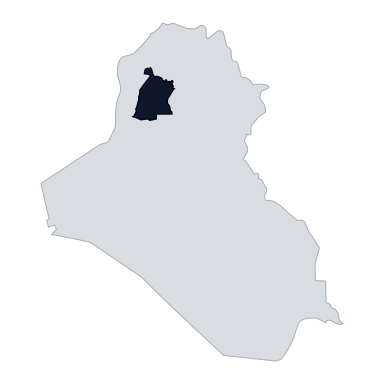 Al-Hatra, Ninawa, Iraq shown in context
{"feature_id": "34846034B76064773860715", "entity_name": "Al-Hatra", "entity_type": "district", "adm_level": 2, "iso_a3": "IRQ", "parent_name": "Iraq", "parent_adm1": "Ninawa", "projection": "equal_earth", "projection_center": [42.575, 35.589], "detail": "fine", "context": "in_parent", "style": "filled", "palette": "ink", "viewbox_px": 384, "rotation_deg": 0, "n_neighbors": 0, "source": "geoboundaries", "source_scale": "gbopen_adm2", "svg_char_len": 5870}
<svg xmlns="http://www.w3.org/2000/svg" viewBox="0 0 384 384"><path d="M150.8,33.5L153.7,32.7L159.1,27.9L162.3,23.4L163.3,23.0L166.1,24.5L168.1,24.9L172.8,23.2L175.6,24.1L177.9,25.2L179.2,25.3L185.5,28.1L187.0,28.4L190.3,28.8L195.1,28.9L198.2,27.1L200.4,25.3L201.9,25.4L203.4,25.8L204.7,26.6L205.7,27.9L206.2,29.7L206.1,35.7L206.6,37.3L207.4,38.4L208.5,38.6L209.8,37.3L212.1,35.4L214.9,33.4L217.0,31.5L218.2,30.8L220.1,30.9L221.9,31.2L223.0,32.1L223.0,32.4L224.0,35.2L226.6,45.7L228.0,47.1L229.6,48.2L230.8,49.7L231.2,51.3L231.1,53.7L231.2,56.6L231.9,58.8L232.8,60.4L233.7,61.2L235.0,61.3L236.5,61.7L237.6,63.4L241.0,75.4L241.4,77.0L242.8,77.5L245.1,77.2L247.4,78.5L250.0,80.4L252.4,84.1L254.0,84.7L259.0,84.1L265.8,84.7L269.0,86.6L268.7,87.8L266.3,89.1L262.0,90.6L260.7,93.2L260.0,96.6L260.2,98.5L261.3,100.6L264.4,104.7L264.6,106.2L265.2,108.3L265.8,109.7L265.2,112.5L262.4,114.4L258.8,116.5L251.5,125.8L251.0,127.8L251.1,133.3L250.4,134.8L248.1,134.8L246.3,134.5L246.2,136.4L245.1,139.0L244.4,141.2L247.2,146.5L247.7,149.3L247.3,151.8L244.8,156.2L243.4,159.2L243.8,159.9L245.7,161.0L252.0,170.7L254.0,174.1L256.6,173.2L257.5,173.3L258.3,173.8L258.8,175.0L258.8,176.4L258.2,178.6L261.5,179.5L262.7,181.7L266.6,189.3L266.5,191.5L264.7,195.1L264.8,197.5L265.2,199.6L265.8,200.4L271.5,200.7L273.9,201.5L279.9,205.4L286.7,211.4L292.3,216.3L297.1,220.4L302.1,220.1L303.5,220.9L304.8,222.2L306.3,225.6L309.3,233.3L311.8,235.9L315.7,242.1L319.4,248.0L317.2,255.9L315.0,264.1L315.2,274.8L315.3,280.6L320.2,280.8L325.6,281.1L325.8,287.9L325.9,294.8L326.1,302.7L327.7,303.1L330.3,304.7L331.4,307.3L332.8,308.7L334.5,308.9L336.1,310.2L337.8,312.5L338.4,314.2L338.0,315.4L338.4,317.5L339.5,320.5L340.9,321.9L343.1,323.6L340.2,324.6L337.1,323.8L330.4,320.3L328.3,320.2L325.5,321.5L325.4,322.7L318.3,318.8L315.8,318.1L314.9,318.0L310.9,318.0L305.2,318.7L301.8,320.3L299.5,322.0L298.5,323.6L298.1,324.5L296.4,329.4L294.4,335.6L292.3,341.2L288.1,349.1L285.8,352.8L280.9,359.6L275.4,361.0L262.7,359.6L248.6,358.1L234.6,356.6L224.1,355.5L223.3,355.2L213.0,345.5L204.8,337.8L194.6,328.3L184.2,318.5L173.7,308.7L166.1,301.5L156.8,292.3L148.4,283.9L141.8,277.3L133.3,271.6L126.7,267.1L117.0,260.5L109.3,255.3L102.8,250.8L92.6,243.9L89.3,242.0L78.8,239.7L68.8,237.8L58.5,235.8L51.7,234.4L56.3,229.5L54.9,225.1L51.6,226.0L48.5,227.0L46.8,220.2L49.2,219.3L47.1,210.4L45.0,201.3L43.0,192.5L40.9,183.5L49.7,177.7L56.2,173.4L65.3,167.4L74.1,161.6L82.5,156.1L91.6,150.0L99.9,144.6L107.3,142.4L108.9,140.7L112.4,133.3L115.3,127.0L115.5,125.5L115.5,116.5L116.1,106.1L117.1,100.5L118.8,95.5L120.4,91.9L120.5,88.6L120.3,85.2L118.8,80.0L117.2,74.6L117.4,69.5L117.7,66.7L118.8,62.3L120.5,59.0L122.4,57.0L129.5,55.0L133.6,53.8L139.2,48.1L142.5,44.7L147.1,39.3L150.5,35.4L150.8,34.0L150.8,33.5Z" fill="#d9dde1" stroke="#a8b0b8" stroke-width="1"/><path d="M132.9,116.6L133.0,116.7L135.0,117.3L136.0,117.6L136.7,117.8L137.4,118.0L139.4,119.0L140.8,119.7L141.2,119.7L141.3,119.7L144.6,119.2L146.5,119.0L146.9,118.9L147.3,118.8L149.8,120.2L150.0,120.2L150.3,120.2L152.0,119.8L155.0,119.2L155.9,119.0L156.2,118.9L156.2,118.2L156.3,116.9L156.3,115.5L156.3,114.0L158.3,114.0L158.8,114.0L159.1,114.0L159.6,114.0L161.1,114.0L161.6,114.0L162.8,114.0L163.3,114.0L163.9,114.0L167.4,114.0L167.9,114.0L171.9,113.9L171.8,113.4L171.7,112.8L171.6,111.9L170.9,111.6L170.5,110.7L170.1,109.9L169.8,109.3L169.8,108.9L169.9,108.4L170.0,107.8L169.8,107.6L169.5,107.2L169.4,106.0L169.3,105.7L169.2,105.5L168.2,104.8L167.9,104.3L167.7,104.1L167.6,103.7L167.6,103.1L167.5,102.7L167.4,102.4L167.1,101.8L167.2,101.4L167.3,101.1L167.6,100.6L167.3,99.1L168.1,98.0L169.0,96.6L170.3,94.5L171.0,93.3L171.8,92.2L172.0,91.8L172.6,90.4L172.7,90.2L173.0,89.9L173.4,89.5L173.8,89.1L174.1,88.8L173.7,88.7L173.3,88.6L173.1,88.6L173.0,87.7L173.0,87.1L173.0,86.8L173.0,86.6L173.1,86.3L173.0,86.2L172.9,86.1L172.8,85.9L172.8,85.6L172.8,85.4L172.7,85.3L172.4,85.1L172.4,84.7L172.3,84.3L172.1,84.0L171.7,83.6L171.7,83.3L171.7,83.0L171.9,82.8L172.2,82.5L172.9,81.7L172.5,81.1L172.2,80.9L171.9,80.7L171.7,80.9L171.4,81.3L171.1,81.8L170.8,82.1L170.4,81.9L170.0,81.7L169.8,81.6L169.6,81.5L169.4,81.6L168.5,81.8L168.4,81.8L168.2,81.8L167.9,81.8L167.6,81.6L167.4,81.5L167.0,81.4L166.9,81.2L166.6,80.7L166.4,80.2L166.0,79.9L165.9,80.2L165.7,80.7L165.6,81.1L165.4,81.8L165.1,82.3L164.8,81.9L164.2,81.2L163.9,80.7L163.5,80.7L162.9,80.6L162.0,80.3L162.2,79.5L162.1,78.7L161.6,78.3L161.0,77.9L160.5,77.8L159.6,77.4L159.1,77.1L158.8,76.8L158.5,76.8L158.3,76.7L158.0,76.6L157.6,76.6L157.3,76.6L157.2,76.5L156.9,76.5L156.8,76.4L156.4,76.4L156.1,76.5L155.7,76.8L155.2,77.2L155.2,77.3L154.7,77.7L154.7,77.4L154.5,76.8L154.4,76.5L154.2,76.3L154.1,76.1L153.9,75.9L153.7,75.7L153.3,75.4L152.6,73.3L152.5,73.0L152.2,72.2L152.1,71.9L152.0,71.4L151.9,70.8L151.7,69.9L151.5,69.5L151.0,68.6L150.7,68.1L150.6,67.9L150.5,68.0L150.4,68.2L150.3,68.4L150.0,68.4L149.8,68.4L149.6,68.4L149.4,68.5L149.3,68.9L149.2,69.1L148.7,69.0L148.6,68.8L148.4,68.6L148.2,68.6L147.8,68.4L147.6,68.3L147.3,68.4L147.1,68.5L146.8,68.7L146.6,68.8L146.3,69.0L146.1,69.1L145.8,69.2L145.4,69.4L145.3,69.6L145.3,69.9L145.4,70.1L145.3,70.4L145.1,70.4L144.8,70.6L144.7,70.8L144.8,71.0L145.1,71.2L145.1,71.5L145.0,71.8L144.8,72.3L144.6,72.8L144.6,73.4L144.5,73.7L144.9,73.8L145.3,73.8L145.8,73.8L146.5,73.8L147.0,74.0L147.4,74.1L147.9,74.2L148.1,74.2L148.8,74.6L149.4,74.8L150.0,75.0L150.7,75.9L150.4,76.2L148.7,78.5L147.1,80.5L146.0,81.9L145.0,83.2L143.8,84.7L142.8,86.1L141.7,87.6L140.5,89.3L139.9,90.4L139.9,91.9L139.8,93.5L139.7,93.7L139.7,94.3L139.4,95.2L139.2,95.7L138.9,96.3L138.7,96.7L138.9,100.1L138.6,100.8L138.2,101.6L138.1,102.1L137.9,102.8L137.4,104.7L137.3,105.2L137.1,106.1L136.9,107.0L136.6,107.8L136.2,108.4L135.8,109.3L136.5,111.0L136.1,111.8L135.6,113.0L135.1,114.0L134.5,115.2L134.0,116.2L133.3,116.5L133.1,116.5L132.9,116.6Z" fill="#0f172a" stroke="#020617" stroke-width="1.5"/></svg>